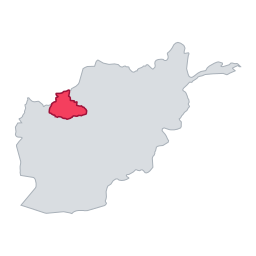 Afghanistan, with Badghis highlighted
{"feature_id": "AFG-1741", "entity_name": "Badghis", "entity_type": "Province", "adm_level": 1, "iso_a3": "AFG", "parent_name": "Afghanistan", "parent_adm1": "", "projection": "mercator", "projection_center": [63.837, 35.271], "detail": "fine", "context": "in_parent", "style": "filled", "palette": "rose", "viewbox_px": 256, "rotation_deg": 0, "n_neighbors": 0, "source": "natural_earth", "source_scale": "10m", "svg_char_len": 5877}
<svg xmlns="http://www.w3.org/2000/svg" viewBox="0 0 256 256"><path d="M109.0,64.4L114.5,63.9L118.3,64.6L120.3,66.6L122.2,67.1L124.1,66.2L125.3,66.0L125.8,66.6L126.7,66.8L128.2,66.8L129.0,67.3L129.2,68.5L130.3,70.0L132.2,71.8L133.9,72.2L136.2,70.8L137.0,71.0L137.3,70.5L137.6,69.5L138.9,68.5L141.4,67.6L142.8,66.8L143.3,66.1L144.2,66.0L145.1,66.2L145.8,65.9L146.2,65.0L147.1,64.7L147.9,64.8L151.3,68.1L152.7,69.1L153.3,68.9L155.0,67.1L155.2,65.5L154.8,63.4L155.1,61.6L156.2,60.3L158.3,59.5L161.3,59.2L163.2,59.4L163.9,60.1L164.8,60.5L166.0,60.5L167.1,59.8L168.1,58.1L168.1,56.1L167.3,53.8L167.5,53.0L169.0,51.8L170.7,50.0L172.3,47.7L173.8,44.8L175.7,43.1L177.9,42.4L180.6,43.2L183.8,45.4L185.0,48.1L184.2,51.3L184.1,53.1L184.8,53.4L188.4,52.8L188.9,53.3L188.9,54.2L188.3,55.5L187.7,59.4L186.6,68.7L188.1,74.2L189.1,76.4L190.2,77.1L191.3,77.4L192.3,77.2L194.5,75.8L197.8,73.2L201.0,71.5L205.7,70.6L207.3,67.8L209.4,66.0L214.4,63.2L217.1,62.1L218.6,61.9L222.3,63.0L222.5,63.8L222.3,64.7L221.2,65.5L220.9,66.1L221.3,66.5L222.8,66.7L229.3,64.7L230.8,63.1L232.2,63.0L234.9,63.7L237.0,63.5L238.1,64.2L240.6,66.7L239.8,66.8L238.7,66.3L238.1,65.5L235.4,66.6L232.5,68.1L232.6,68.5L235.2,70.8L229.7,73.2L227.3,74.6L226.7,74.7L223.1,73.4L212.9,73.8L205.2,74.5L202.2,75.8L199.3,76.4L197.9,77.1L196.9,78.4L192.6,81.2L191.9,82.3L189.5,82.2L187.0,85.0L183.4,88.3L182.7,89.9L183.2,90.7L185.1,91.9L186.0,93.0L187.3,96.2L187.9,98.4L188.7,99.4L189.2,102.1L188.3,103.6L188.3,104.4L189.5,106.4L189.2,107.0L188.3,107.9L186.9,110.5L184.4,112.4L183.3,114.1L181.6,115.9L180.8,117.5L180.0,118.4L179.2,118.8L179.5,119.7L180.1,120.7L181.3,121.9L181.2,126.6L180.6,127.9L177.4,129.2L174.4,129.8L170.6,129.8L169.2,129.6L164.1,127.9L162.4,128.7L162.1,130.8L165.0,134.1L166.2,136.0L167.6,139.1L168.6,140.7L168.2,142.2L162.9,145.5L159.5,145.8L157.4,146.4L156.4,147.2L155.6,150.7L154.8,152.0L154.8,153.5L154.1,155.2L153.0,156.3L152.3,158.1L152.9,167.3L149.8,171.0L148.1,172.3L146.5,172.9L145.1,172.7L143.4,170.6L142.2,169.8L141.0,169.9L139.8,170.7L137.9,170.4L136.2,169.7L135.4,169.8L134.9,170.5L133.1,172.1L128.8,174.5L127.0,174.6L126.3,175.2L126.6,176.2L127.4,177.0L128.7,177.6L128.8,178.2L126.6,179.4L124.3,180.2L121.7,180.5L119.0,180.1L117.7,179.0L116.0,178.9L114.6,179.7L113.0,180.9L110.9,184.1L107.8,186.1L107.0,188.1L106.1,191.6L106.4,196.8L106.0,199.1L105.3,200.7L105.5,201.9L106.5,203.2L106.1,204.1L105.2,205.1L104.4,205.6L87.4,210.6L84.7,210.7L83.3,210.5L78.5,210.5L76.5,210.8L74.5,211.5L73.0,212.4L71.9,213.6L69.9,212.9L63.6,211.7L46.5,213.3L44.9,213.0L21.0,205.2L35.7,187.6L36.1,186.1L36.1,183.2L35.2,179.3L33.7,177.5L20.6,175.4L20.1,172.4L20.3,171.0L20.1,168.4L20.1,166.4L20.7,163.0L20.7,161.5L16.6,146.5L16.5,145.0L19.0,141.6L22.1,138.2L21.9,137.5L20.4,137.2L18.0,137.1L16.7,136.6L15.8,135.6L15.4,134.3L16.0,131.8L15.4,127.1L17.8,123.0L21.7,122.8L19.7,119.9L19.3,119.5L19.1,119.0L19.3,118.5L20.3,118.4L22.6,116.5L22.7,115.4L24.7,112.6L24.5,111.4L25.7,108.1L25.1,105.9L25.0,104.7L26.4,103.9L27.2,100.8L27.8,100.0L27.8,99.3L27.5,98.0L28.8,97.8L30.0,99.4L31.9,101.1L33.1,101.6L34.7,101.8L38.1,101.3L38.8,101.4L42.4,104.3L43.0,105.1L43.3,106.3L43.9,106.6L45.1,105.5L46.3,105.1L48.6,105.4L49.8,105.0L55.6,101.3L56.0,99.0L56.5,97.7L57.3,96.9L56.4,94.2L56.7,93.6L57.5,93.4L59.4,93.4L68.2,90.4L70.5,90.4L71.0,90.2L71.1,89.4L71.8,88.5L75.9,86.3L78.3,84.1L79.2,82.4L83.1,68.6L85.2,67.4L87.4,66.5L94.6,66.3L96.0,62.0L96.6,61.0L97.9,60.0L103.3,63.1L109.0,64.4Z" fill="#d9dde1" stroke="#a8b0b8" stroke-width="1"/><path d="M60.0,93.4L61.4,93.2L62.7,92.6L62.9,92.4L63.3,91.8L63.5,91.6L63.8,91.5L64.1,91.4L66.0,91.3L66.7,91.1L68.1,90.2L68.6,90.1L68.9,90.1L69.3,90.3L69.5,90.9L69.5,91.8L69.4,92.5L69.2,93.8L69.0,94.2L69.0,94.5L69.0,94.9L69.0,95.0L68.8,95.4L68.6,95.8L68.6,96.1L68.7,96.3L68.8,96.3L69.0,96.3L69.3,96.5L69.5,96.6L69.7,96.9L69.9,97.1L70.1,97.5L70.3,97.9L70.3,98.2L70.4,99.5L70.4,99.9L70.3,100.1L70.4,100.3L70.5,100.4L70.6,100.5L73.2,100.7L74.2,100.9L74.3,101.0L74.4,101.3L74.4,101.5L74.2,101.9L74.8,102.2L75.0,102.3L75.4,102.2L75.6,102.2L76.1,102.0L76.8,101.9L76.9,102.0L77.0,102.2L77.0,102.4L76.9,102.9L76.8,103.4L76.7,103.6L76.8,103.9L76.7,104.6L76.7,105.0L76.7,105.3L76.8,105.3L78.3,105.8L79.9,106.1L80.2,106.1L80.7,106.0L81.2,106.0L81.6,105.9L82.0,106.5L82.3,106.7L82.9,107.1L83.0,107.2L83.5,107.1L83.9,107.3L84.0,107.5L84.3,107.7L84.7,108.3L84.8,108.4L85.7,109.1L85.9,109.4L86.1,109.6L86.1,109.8L86.2,110.0L86.3,110.2L86.5,110.6L86.7,110.8L86.7,111.0L86.5,111.9L86.5,112.1L86.5,112.6L86.4,113.2L86.3,113.5L86.2,113.8L86.1,114.0L85.9,114.1L85.4,114.3L82.6,115.1L81.6,115.6L81.4,115.7L81.2,115.7L80.9,115.6L80.5,115.5L78.6,115.4L78.3,115.5L78.1,115.6L77.9,115.7L77.9,115.9L77.8,116.1L76.0,116.3L75.9,116.2L75.5,116.1L75.3,116.0L75.2,116.0L73.6,115.9L73.5,116.0L73.3,116.0L73.1,116.2L72.7,116.4L72.5,116.6L72.4,116.7L72.3,117.1L72.2,117.2L72.1,117.3L71.7,117.3L70.5,118.2L67.3,119.2L67.0,119.2L66.8,119.2L66.6,119.0L66.5,118.9L66.0,118.7L64.8,118.3L64.6,118.4L64.4,118.5L64.2,118.5L63.3,118.3L63.0,118.2L62.4,117.9L62.2,117.8L62.0,117.5L61.5,117.2L60.3,116.8L59.0,116.7L58.5,116.6L58.3,116.7L58.2,116.8L57.6,117.2L57.4,117.3L56.4,116.8L55.9,116.7L55.5,116.6L55.2,116.6L55.2,116.0L55.1,115.8L55.0,115.6L54.9,115.5L54.7,115.2L54.2,115.1L53.6,115.1L53.3,115.0L53.1,114.9L52.9,114.7L52.7,114.5L52.6,114.4L52.1,114.3L51.9,114.2L51.4,113.8L50.9,113.3L50.8,113.2L50.7,113.2L50.4,113.2L49.5,112.9L49.4,112.8L49.4,112.7L49.3,112.3L49.2,112.1L49.2,111.9L49.4,109.8L49.5,109.1L49.8,108.1L50.0,107.7L51.3,105.5L51.9,103.8L51.9,103.6L52.0,103.6L53.4,102.4L54.4,101.9L54.8,101.9L55.4,101.8L55.7,101.7L55.9,101.5L56.0,101.2L56.1,100.4L56.3,99.8L56.2,99.6L55.9,99.4L55.9,99.2L55.9,98.2L55.9,97.9L56.3,97.5L57.5,97.1L57.9,96.8L58.0,96.6L58.0,96.4L57.6,96.2L57.2,95.8L56.4,95.1L56.3,94.9L56.3,94.5L56.1,94.3L56.0,94.0L56.1,93.7L56.3,93.4L56.6,93.4L60.0,93.4Z" fill="#f43f5e" stroke="#9f1239" stroke-width="1.5"/></svg>